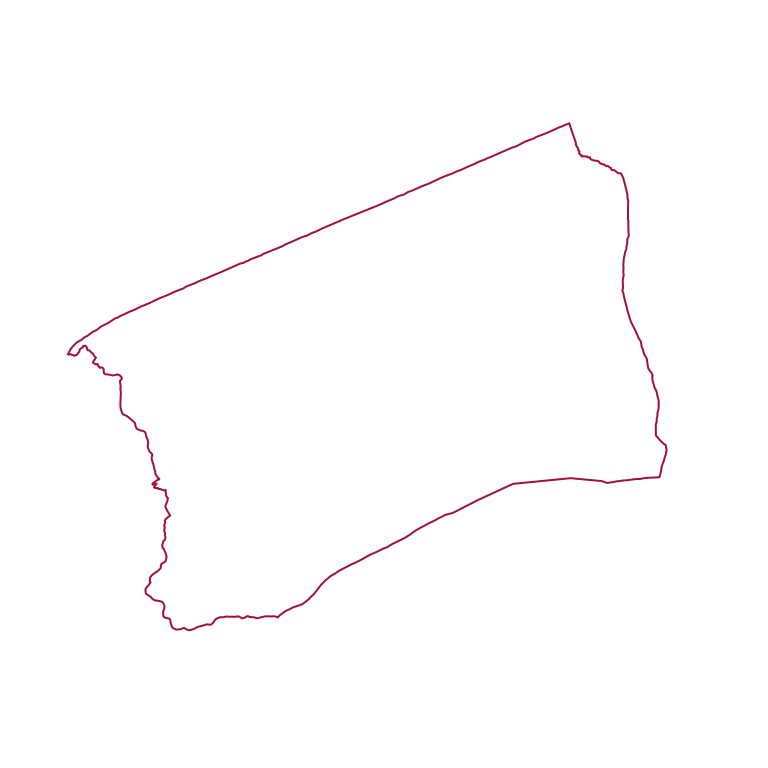 outline of Omhajer, Gash Barka, Eritrea, rotated 71°
{"feature_id": "51966322B84792340140154", "entity_name": "Omhajer", "entity_type": "district", "adm_level": 2, "iso_a3": "ERI", "parent_name": "Eritrea", "parent_adm1": "Gash Barka", "projection": "equal_earth", "projection_center": [36.816, 14.649], "detail": "fine", "context": "isolated", "style": "outline", "palette": "rose", "viewbox_px": 768, "rotation_deg": 71, "n_neighbors": 0, "source": "geoboundaries", "source_scale": "gbopen_adm2", "svg_char_len": 6146}
<svg xmlns="http://www.w3.org/2000/svg" viewBox="0 0 768 768"><g transform="rotate(71 384 384)"><path d="M463.2,127.2L460.6,127.5L455.7,129.0L452.9,128.7L445.5,127.3L441.1,128.2L438.2,128.3L435.8,127.9L433.1,128.3L427.9,127.4L426.3,127.6L423.6,128.3L415.6,128.9L405.0,130.3L394.1,129.9L380.0,128.7L374.9,128.0L373.5,128.3L371.9,127.2L369.1,126.1L364.1,124.7L358.8,121.8L356.4,121.4L351.5,119.5L349.4,119.0L343.7,116.5L337.9,113.1L334.7,110.5L333.3,110.2L329.3,107.7L327.5,107.3L325.5,106.2L324.5,105.0L323.4,104.2L319.0,103.1L309.0,99.8L306.1,99.3L305.6,98.9L295.8,95.6L293.3,94.5L290.6,93.6L287.2,93.1L285.1,92.4L280.8,91.8L267.3,90.7L262.2,91.3L261.8,91.7L261.4,93.2L260.2,94.4L259.0,95.3L257.0,96.4L256.0,98.7L254.9,99.3L253.8,99.0L252.6,100.3L250.7,101.3L250.5,101.6L250.3,103.1L248.3,104.1L248.0,105.0L245.9,107.7L245.1,107.9L244.8,108.2L243.8,108.3L242.7,109.3L241.8,110.9L241.4,112.1L240.0,114.2L239.3,114.9L237.7,115.8L237.4,115.9L236.8,115.6L236.3,117.1L236.0,117.5L234.9,118.0L234.9,119.0L233.9,120.2L233.4,122.7L233.0,123.0L232.8,123.1L232.2,122.7L231.6,123.6L230.5,123.8L229.3,124.5L227.9,123.5L227.2,123.6L226.0,124.3L224.8,123.7L224.1,124.0L220.9,124.6L219.6,124.5L218.8,124.1L197.9,124.0L198.0,128.9L198.3,130.3L198.4,134.9L199.6,148.1L200.0,159.5L200.6,162.8L200.8,171.9L202.3,181.4L202.2,186.3L204.1,210.0L204.2,212.8L204.6,215.8L204.7,221.9L205.4,227.2L205.9,234.9L206.6,240.9L206.7,246.4L207.2,250.8L207.4,258.7L207.8,264.8L208.4,269.2L208.5,271.5L209.1,275.1L209.3,283.2L210.3,294.3L210.3,298.7L211.3,303.2L211.1,309.9L211.8,313.9L212.4,323.9L212.9,326.9L215.1,368.7L216.9,392.7L217.7,398.9L217.8,403.6L218.6,408.5L218.4,413.5L219.4,424.5L219.8,430.6L220.7,436.3L221.7,455.5L222.3,458.0L222.6,469.2L223.2,472.1L223.3,474.9L223.7,477.8L223.3,480.6L225.3,503.9L225.5,508.8L226.3,518.2L226.4,523.3L227.1,530.3L227.5,539.5L228.3,542.6L228.5,550.5L229.5,560.5L229.9,569.1L231.1,579.4L231.7,589.7L232.6,595.6L232.8,601.0L234.0,612.2L234.5,614.5L234.4,616.9L236.4,624.5L237.5,632.7L239.4,638.2L240.0,642.9L242.0,648.9L242.2,651.3L242.8,653.4L244.0,656.3L244.0,657.2L244.7,661.0L245.9,663.6L248.4,668.1L252.9,673.2L253.3,672.8L253.2,672.3L253.6,672.3L253.8,670.4L254.7,669.8L255.8,668.0L256.5,667.6L256.4,664.8L256.3,664.5L255.3,663.6L254.7,662.2L253.4,661.0L252.1,660.3L251.1,656.6L250.1,656.0L250.4,654.9L250.5,653.9L250.8,653.6L252.1,653.1L253.2,653.3L253.6,653.0L255.0,653.4L255.4,653.3L256.5,651.5L258.3,650.8L261.0,649.2L263.5,648.8L265.2,647.8L266.5,649.3L267.4,650.8L268.7,652.1L269.0,652.2L270.2,651.5L271.7,649.9L271.7,648.5L272.9,648.4L273.6,648.0L274.4,648.2L275.2,647.6L275.9,647.6L276.3,646.8L276.3,645.7L276.4,645.4L278.0,644.4L279.3,644.3L280.7,645.0L281.5,644.9L282.8,645.3L283.8,644.4L284.6,643.2L286.1,640.0L287.6,637.7L288.0,635.9L288.1,632.9L289.9,630.9L292.8,629.8L294.2,630.8L294.9,632.4L296.5,633.1L298.2,633.2L302.5,634.5L302.8,634.9L305.8,635.4L318.5,640.3L320.4,640.8L325.3,641.1L326.9,640.9L328.2,640.3L328.9,639.2L331.0,637.2L339.1,632.4L340.6,632.2L342.3,632.6L343.9,632.6L346.0,632.2L348.7,629.3L349.8,627.3L350.4,626.6L351.6,625.7L352.4,625.4L355.8,625.8L360.1,625.7L362.9,626.1L366.6,628.0L370.7,627.8L372.2,627.3L374.2,626.3L375.2,626.1L376.4,626.6L377.3,627.3L378.7,627.9L380.9,628.2L386.2,628.3L388.5,628.8L392.6,628.9L394.2,629.5L398.9,628.5L399.8,627.8L400.7,627.4L401.0,627.7L400.9,629.0L402.0,633.1L402.6,634.7L403.5,635.6L403.9,635.4L404.2,633.4L404.0,632.6L404.2,631.7L404.7,632.0L404.8,632.4L406.7,635.0L407.8,634.3L408.8,631.8L409.2,632.0L409.7,631.5L410.7,629.3L411.6,628.5L412.9,626.6L413.1,625.2L413.5,624.9L414.9,625.7L416.8,625.7L418.3,626.4L420.9,625.9L421.5,625.4L424.5,627.2L427.6,630.1L429.0,630.7L432.7,630.3L438.7,629.1L439.3,630.4L439.4,631.4L440.1,632.5L440.8,634.6L442.0,635.8L443.6,635.9L446.4,638.0L448.2,637.9L450.7,639.5L454.2,639.7L455.6,640.4L458.0,640.6L459.3,641.6L459.9,641.8L460.8,643.8L464.5,646.3L467.0,646.7L468.1,646.0L474.0,645.5L476.8,645.9L477.9,646.7L479.3,647.3L480.0,647.8L480.7,649.0L481.1,650.1L481.4,652.2L482.0,653.4L483.1,654.3L485.1,654.8L485.7,655.5L487.4,659.5L488.5,664.0L489.9,667.0L491.4,668.5L493.3,669.3L494.8,669.7L495.6,669.4L498.0,672.6L498.8,674.4L499.8,675.8L500.6,676.5L504.0,677.3L505.1,677.1L509.2,673.9L511.4,673.1L512.9,672.1L514.0,671.0L515.8,667.4L517.2,665.4L518.1,664.5L520.9,663.8L523.1,664.0L524.6,664.7L526.9,666.6L528.8,667.5L530.5,668.0L532.0,668.2L533.6,667.1L535.8,663.6L536.8,663.0L538.6,663.1L541.5,663.6L542.7,663.4L543.5,663.6L545.2,663.4L546.2,662.9L548.6,660.4L549.7,655.8L549.4,653.1L549.6,652.3L552.0,650.4L553.3,648.6L553.5,647.8L553.8,643.7L553.1,640.0L553.1,638.4L553.5,633.0L553.4,631.2L553.8,629.1L554.9,627.1L555.1,626.2L555.1,625.6L553.8,622.8L552.8,621.7L551.6,619.7L551.2,617.5L551.2,615.2L551.4,614.1L552.3,611.7L552.4,609.2L555.0,602.4L555.6,600.6L556.2,597.6L557.0,596.4L559.0,595.0L559.4,594.2L559.5,590.4L559.0,589.5L559.1,588.4L559.5,587.8L560.5,587.0L562.3,582.8L564.2,580.3L564.4,579.1L564.5,576.1L565.1,571.5L567.4,565.3L567.7,563.8L569.3,561.1L570.1,560.4L568.8,557.9L566.9,552.0L566.3,548.4L566.2,546.3L565.6,543.1L565.7,535.0L565.6,533.5L565.4,532.3L564.5,529.5L562.9,524.9L561.8,523.1L560.0,519.0L559.0,517.3L558.2,516.2L553.6,509.2L550.7,503.6L548.0,496.3L547.5,493.0L545.9,486.8L543.9,473.4L543.7,470.4L542.8,463.2L540.8,452.0L540.4,445.8L539.4,438.2L539.3,434.2L538.1,429.0L536.3,414.6L534.9,408.4L533.6,404.6L532.2,398.9L530.4,387.4L529.4,379.5L528.6,375.3L528.4,372.9L527.7,369.2L528.3,360.9L524.4,333.7L520.4,294.6L533.8,238.2L546.7,209.7L550.2,205.2L551.4,199.0L551.7,195.8L552.6,192.6L553.0,189.5L553.9,186.5L556.0,176.3L557.2,172.8L557.6,169.0L559.1,163.2L561.2,156.3L561.7,153.9L556.8,150.5L552.6,148.4L548.8,145.5L548.3,144.7L544.4,142.2L542.3,140.5L538.1,138.1L536.0,138.0L533.5,137.5L531.9,138.8L527.1,141.3L522.9,142.9L521.9,143.5L520.6,143.5L511.1,140.3L508.1,138.3L505.8,137.5L503.2,135.9L499.9,134.6L498.4,133.4L496.6,132.4L494.6,131.5L493.9,131.5L492.5,130.7L491.7,130.8L491.3,130.3L490.2,130.2L488.9,129.6L483.9,129.3L481.2,128.9L478.4,128.8L476.8,129.3L475.5,129.3L469.4,129.0L467.1,128.7L464.9,128.1L463.2,127.2Z" fill="none" stroke="#9f1239" stroke-width="2"/></g></svg>